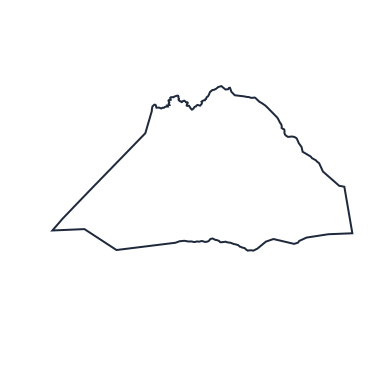 Nuevo Zoquiápam, Oaxaca, Mexico, rotated 69°
{"feature_id": "50627088B31400461246224", "entity_name": "Nuevo Zoquiápam", "entity_type": "district", "adm_level": 2, "iso_a3": "MEX", "parent_name": "Mexico", "parent_adm1": "Oaxaca", "projection": "mercator", "projection_center": [-96.664, 17.249], "detail": "fine", "context": "isolated", "style": "outline", "palette": "slate", "viewbox_px": 384, "rotation_deg": 69, "n_neighbors": 0, "source": "geoboundaries", "source_scale": "gbopen_adm2", "svg_char_len": 2767}
<svg xmlns="http://www.w3.org/2000/svg" viewBox="0 0 384 384"><g transform="rotate(69 192 192)"><path d="M102.0,200.5L120.4,214.5L153.2,285.4L153.6,286.3L163.1,306.6L170.4,322.1L170.5,322.3L177.9,336.1L188.1,305.7L205.1,293.4L219.1,283.3L232.9,227.8L233.4,226.0L233.5,223.5L233.5,221.5L233.5,221.4L234.8,216.6L237.0,213.0L237.4,211.7L238.1,210.0L239.2,208.4L239.8,207.0L239.8,205.8L240.2,204.4L240.7,203.7L241.0,202.8L241.2,200.6L241.9,199.4L243.1,198.1L243.8,196.0L243.8,194.5L243.5,193.4L242.5,191.7L242.7,189.7L243.1,189.1L244.1,188.3L245.1,187.3L245.9,185.9L247.4,184.3L248.9,183.7L249.2,183.1L249.5,182.4L250.5,178.3L251.5,177.3L253.4,173.9L254.3,173.0L255.6,171.5L256.6,169.9L258.2,167.9L260.2,166.9L260.7,166.1L261.9,165.0L263.2,163.0L265.1,162.1L266.7,161.0L267.0,159.4L267.9,157.0L268.7,155.9L268.6,154.4L268.3,151.2L264.8,140.8L265.1,132.8L277.0,115.3L277.3,111.3L276.1,109.4L275.6,101.4L280.3,79.8L288.0,57.1L241.7,47.9L238.9,52.4L219.9,62.4L210.7,63.0L208.2,64.5L206.8,65.0L203.3,67.9L201.4,68.5L194.1,74.3L189.2,73.6L184.7,74.8L180.1,75.0L179.0,75.3L177.5,76.5L177.0,77.2L176.5,77.9L176.0,78.9L175.2,81.7L175.0,82.6L174.4,83.1L173.4,83.8L172.4,84.4L170.9,84.6L170.0,84.6L169.0,84.1L168.0,83.7L167.2,83.5L166.3,83.7L165.8,84.4L164.3,85.4L163.5,85.0L162.7,84.6L161.3,84.5L160.4,84.5L158.9,85.0L154.6,85.4L153.2,85.7L140.4,91.2L137.7,92.5L134.1,94.9L132.0,96.7L127.3,98.9L126.3,99.6L125.4,102.9L123.7,105.0L122.8,106.9L121.5,108.9L117.0,117.4L112.6,119.3L108.3,119.2L108.1,120.3L109.0,121.4L108.3,124.0L103.6,126.7L103.4,130.1L104.2,132.1L104.5,134.8L104.2,136.1L104.3,137.4L104.8,138.1L105.0,139.2L106.1,140.4L107.0,141.0L108.4,142.8L108.7,144.1L109.2,144.8L110.2,145.5L110.2,146.4L111.0,147.1L110.7,147.9L110.7,149.6L111.1,150.8L112.2,150.6L113.4,151.7L114.3,153.5L113.5,154.6L112.7,155.6L112.9,156.9L113.5,157.6L113.5,159.1L114.8,161.1L115.1,162.5L113.7,163.2L111.3,163.7L110.4,163.9L110.1,164.8L109.9,165.6L109.4,166.0L108.9,165.7L108.2,165.1L107.5,164.2L106.9,164.0L106.5,164.3L106.4,164.9L106.0,165.5L105.3,165.6L104.8,166.0L104.1,166.4L103.9,166.7L104.0,168.5L104.4,169.1L104.3,169.6L103.4,169.9L102.8,170.8L102.1,171.2L101.1,171.5L100.8,171.0L100.2,170.7L99.0,170.9L98.1,170.4L97.4,170.4L96.9,170.8L96.7,171.8L96.6,173.8L96.7,174.8L96.9,175.4L96.2,176.8L96.0,177.6L96.3,178.6L97.5,178.7L98.3,178.8L98.2,179.5L97.8,180.2L98.0,181.0L98.3,181.2L98.6,181.3L99.0,181.3L99.6,181.1L100.2,181.0L101.0,182.0L102.7,181.8L102.3,184.2L103.5,184.0L103.1,185.2L102.9,186.6L103.3,188.2L102.8,189.0L103.0,190.8L102.3,191.5L101.8,192.0L101.6,192.3L101.3,192.8L100.8,194.3L100.5,195.0L99.5,194.9L98.9,194.8L97.8,194.8L97.3,195.2L97.0,195.8L97.2,196.5L97.8,198.0L98.4,198.6L99.3,199.1L100.1,199.7L102.0,200.5Z" fill="none" stroke="#1e293b" stroke-width="2"/></g></svg>